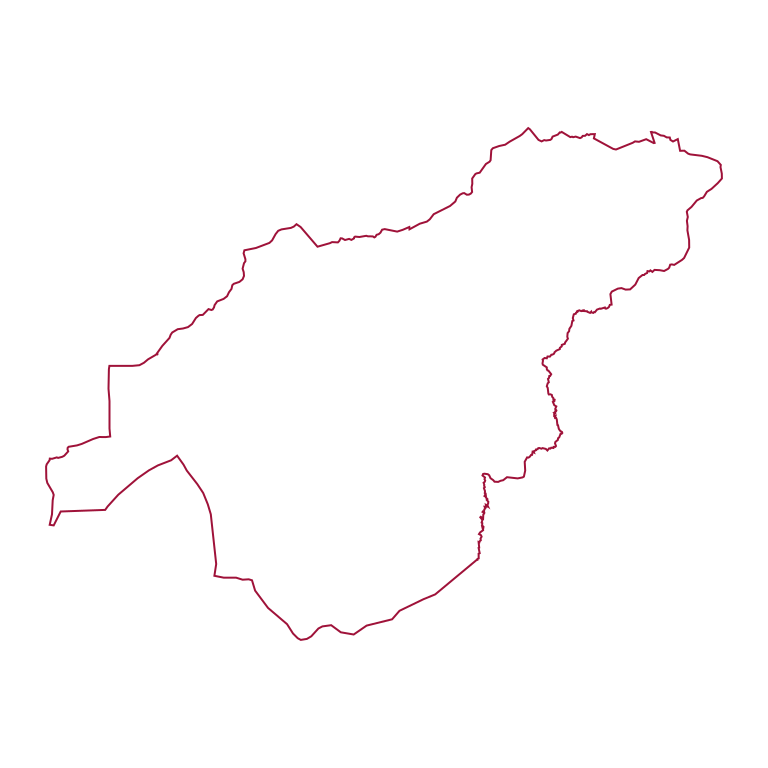 Ogan Komering Ulu, Sumatera Selatan, Indonesia (orthographic projection)
{"feature_id": "22746128B55651065226017", "entity_name": "Ogan Komering Ulu", "entity_type": "district", "adm_level": 2, "iso_a3": "IDN", "parent_name": "Indonesia", "parent_adm1": "Sumatera Selatan", "projection": "orthographic", "projection_center": [104.188, -4.111], "detail": "fine", "context": "isolated", "style": "outline", "palette": "rose", "viewbox_px": 768, "rotation_deg": 0, "n_neighbors": 0, "source": "geoboundaries", "source_scale": "gbopen_adm2", "svg_char_len": 6088}
<svg xmlns="http://www.w3.org/2000/svg" viewBox="0 0 768 768"><path d="M49.7,524.8L53.7,525.4L60.7,511.5L105.2,509.9L107.6,506.5L118.3,494.7L137.7,478.2L149.0,470.3L157.9,465.4L171.1,460.3L177.1,455.7L183.5,464.6L186.8,470.6L197.3,484.1L203.2,493.0L207.8,504.3L210.8,514.3L216.2,564.0L214.4,575.8L223.9,577.7L236.2,577.7L242.6,579.7L248.7,579.3L252.0,580.3L255.1,590.6L268.0,607.9L287.1,624.2L293.0,633.5L297.7,638.2L300.8,639.9L306.9,638.9L311.3,636.3L318.4,628.5L322.4,626.4L331.2,625.2L340.8,632.3L353.7,634.5L366.6,625.6L392.1,619.3L399.5,610.8L423.5,599.2L435.2,594.4L476.7,559.9L477.4,559.9L477.5,558.9L478.7,558.4L478.6,553.7L479.7,553.2L478.6,547.9L479.2,547.6L478.6,542.0L479.4,542.3L479.7,541.2L480.8,540.3L480.5,538.6L481.6,536.7L481.0,535.2L479.0,534.1L480.1,532.4L483.1,530.2L482.4,527.4L483.3,528.0L483.5,526.8L482.1,525.4L482.3,523.1L481.6,522.6L482.4,520.0L480.3,517.3L480.8,516.8L483.1,518.5L483.3,514.4L484.2,513.5L484.3,512.6L482.6,511.9L482.9,511.4L484.0,511.6L484.3,509.4L485.3,508.4L484.6,506.7L486.2,506.8L485.9,505.0L488.0,506.5L487.2,504.7L488.1,503.8L488.3,501.7L486.7,499.9L487.4,499.1L485.8,497.4L485.8,496.6L484.5,496.0L485.1,494.8L485.8,495.2L485.6,493.5L484.8,493.1L485.0,491.1L483.9,488.1L484.8,487.1L484.1,485.8L484.3,484.8L483.6,482.7L484.7,481.9L485.2,480.6L484.5,479.2L485.0,477.5L482.5,475.5L483.1,474.0L484.3,473.7L487.8,474.2L489.2,475.3L490.5,478.2L493.3,480.2L494.5,481.7L498.2,481.9L500.5,480.8L503.2,480.2L507.0,477.2L517.7,478.4L522.6,477.4L523.9,476.6L525.2,470.6L524.7,461.8L527.1,457.4L528.5,457.6L529.7,456.8L531.1,454.9L532.1,454.8L532.6,451.8L534.0,452.5L533.6,451.3L536.0,450.2L536.0,449.5L537.6,449.2L538.2,448.2L539.2,448.0L541.5,448.7L542.5,448.1L545.8,448.9L547.4,450.5L549.2,448.3L550.4,448.6L551.2,447.7L553.4,448.0L553.6,446.9L555.3,446.9L556.0,446.0L555.0,443.3L555.4,441.9L557.8,440.0L558.1,438.2L559.2,437.4L560.6,433.7L561.6,433.8L562.3,433.0L562.0,432.0L560.1,430.8L558.8,428.8L558.0,425.2L557.4,425.0L556.8,419.6L556.1,417.8L555.1,418.0L554.9,416.8L555.4,415.8L554.2,416.0L554.2,413.2L555.3,413.3L555.3,412.6L554.5,412.4L555.3,411.8L555.3,411.2L556.2,411.0L556.4,410.4L555.2,409.0L556.3,406.4L554.3,405.2L552.9,401.9L553.7,401.5L553.6,400.9L554.4,400.9L554.6,399.7L553.4,399.4L553.4,398.2L552.2,396.8L551.8,394.9L550.4,394.3L548.9,394.5L548.4,393.7L547.7,387.8L546.8,386.3L547.7,383.3L548.8,382.3L548.0,378.9L549.0,377.9L549.3,376.0L550.1,376.0L551.2,374.2L548.4,370.6L547.5,370.4L546.8,369.2L546.8,367.4L542.8,364.7L542.5,363.3L543.0,360.7L542.6,359.5L544.6,358.0L546.8,358.3L547.5,356.5L549.9,356.6L551.4,354.7L552.5,354.6L554.1,353.6L554.5,352.3L556.4,350.6L559.8,349.1L559.9,347.8L561.7,346.4L561.8,344.9L564.8,343.8L565.1,342.5L567.9,338.7L567.3,336.8L567.6,333.1L569.1,331.2L569.4,328.8L571.4,325.8L572.3,321.0L573.5,320.5L572.8,318.1L573.8,314.3L575.8,313.7L575.9,312.9L577.3,312.0L577.0,311.3L577.4,311.0L577.8,311.3L579.2,310.3L581.2,311.1L582.4,311.0L582.5,310.5L583.6,310.3L583.5,311.0L587.2,311.3L587.4,311.8L590.1,312.9L591.2,311.7L591.4,312.4L593.3,312.9L594.2,312.0L594.9,312.2L597.0,309.6L600.0,308.5L600.7,308.8L604.9,307.5L605.2,308.4L606.0,308.7L607.6,308.1L609.0,306.9L609.8,304.9L611.6,304.6L610.4,294.1L611.8,291.6L617.9,288.6L621.5,288.1L625.6,289.6L630.1,289.4L635.3,284.6L638.7,278.0L642.5,275.0L644.1,275.0L645.1,273.9L647.1,273.0L647.5,271.1L649.4,271.4L650.4,270.4L652.4,271.9L654.5,269.9L659.8,270.2L664.1,271.0L668.0,268.9L669.2,267.7L670.2,264.7L671.8,264.4L674.2,264.9L682.0,259.9L684.1,258.0L689.2,247.6L689.1,239.9L687.4,230.3L687.6,226.2L686.9,220.8L687.8,217.0L686.8,211.8L687.5,210.3L691.5,206.9L696.8,200.5L701.1,198.1L702.7,197.9L704.1,196.4L706.9,191.8L711.5,188.9L717.8,183.1L721.9,178.5L721.8,173.6L720.5,167.1L720.8,164.9L717.5,161.2L707.5,157.2L701.8,155.8L690.2,154.4L688.2,153.7L684.4,150.7L680.1,150.8L677.8,139.1L673.0,141.5L670.4,139.9L669.8,137.5L666.7,137.4L663.9,135.8L660.7,135.4L655.1,132.5L652.4,132.4L651.9,131.9L651.0,132.0L654.6,142.9L653.8,143.1L646.2,139.2L639.0,141.8L635.0,141.4L632.7,142.8L616.0,149.5L613.2,148.9L593.9,138.4L594.8,134.1L590.4,134.2L588.9,135.1L587.0,134.1L585.1,135.8L582.7,135.9L581.6,137.4L580.0,138.1L575.7,136.6L573.1,137.2L572.1,136.7L570.3,137.1L561.7,131.9L560.6,132.6L559.8,132.4L557.8,134.6L552.6,136.6L551.5,139.0L550.3,139.9L546.0,140.5L544.2,140.1L541.6,141.4L538.5,139.9L529.9,129.3L528.2,128.1L522.2,134.2L519.7,136.0L509.6,141.7L505.2,144.7L499.2,146.0L492.9,148.2L492.1,149.1L491.3,150.1L490.6,160.2L489.6,161.7L485.9,164.0L479.7,172.7L476.5,173.4L475.3,174.1L472.2,178.5L472.3,183.9L471.6,187.2L472.1,192.0L470.8,193.6L468.9,194.6L466.8,194.7L464.2,193.1L462.7,193.3L460.1,194.6L456.9,197.7L455.3,201.5L450.0,206.0L433.7,214.2L429.8,219.3L426.9,221.6L419.8,223.7L409.5,229.3L409.3,227.0L402.8,229.8L397.2,231.6L384.7,229.1L382.1,229.7L380.5,232.6L378.7,234.2L376.6,234.8L375.4,236.8L374.3,237.4L372.8,236.4L367.8,236.3L366.3,235.8L359.4,237.0L355.1,236.6L354.1,237.4L354.0,238.4L351.4,239.9L349.1,238.9L345.0,240.0L342.1,238.4L340.6,238.3L339.4,240.8L337.9,242.4L332.1,242.1L329.8,243.2L317.5,246.7L300.6,227.0L296.5,224.2L293.8,226.6L290.9,227.9L281.5,229.4L278.2,230.8L275.6,234.1L272.1,240.4L269.4,242.9L255.9,248.0L244.4,250.3L243.6,253.3L245.4,259.2L245.4,261.3L244.0,263.2L242.6,268.7L243.7,272.1L244.0,275.9L242.6,279.3L239.4,281.9L233.8,283.8L232.3,285.2L231.5,288.9L229.0,292.2L227.1,296.2L223.6,298.9L217.2,301.4L214.6,305.1L214.0,307.4L212.7,309.5L211.4,310.0L208.5,309.1L202.8,314.9L199.5,315.1L198.3,315.9L195.9,318.0L192.1,324.0L188.0,327.1L183.0,328.5L177.7,329.2L172.2,332.5L170.7,334.7L169.5,337.9L162.3,345.9L156.6,353.9L158.3,354.7L156.6,353.9L156.0,354.7L148.1,359.3L143.9,362.8L139.4,365.2L132.0,365.9L109.4,365.9L108.9,369.1L108.5,388.7L109.5,401.1L109.5,428.6L110.2,436.5L105.6,437.1L99.3,437.0L93.1,439.0L81.8,443.9L77.0,445.4L68.6,446.8L67.7,447.8L67.5,449.3L68.2,451.4L64.3,455.7L62.3,456.8L58.1,457.9L56.8,457.4L52.1,458.8L49.8,458.6L49.6,460.2L46.7,464.3L46.1,466.5L46.3,478.6L47.3,482.9L52.8,492.3L53.7,494.9L52.7,500.2L52.0,514.3L49.7,524.8Z" fill="none" stroke="#9f1239" stroke-width="2"/></svg>